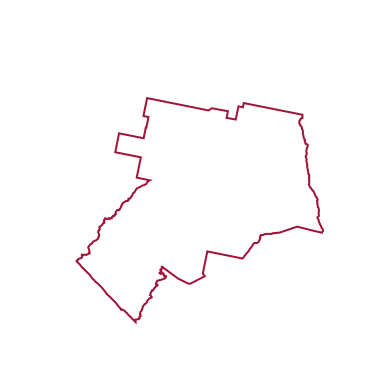 the district of San Cayetano, Buenos Aires, Argentina, rotated 58°
{"feature_id": "61730980B1791021048372", "entity_name": "San Cayetano", "entity_type": "district", "adm_level": 2, "iso_a3": "ARG", "parent_name": "Argentina", "parent_adm1": "Buenos Aires", "projection": "albers", "projection_center": [-59.479, -38.405], "detail": "fine", "context": "isolated", "style": "outline", "palette": "rose", "viewbox_px": 384, "rotation_deg": 58, "n_neighbors": 0, "source": "geoboundaries", "source_scale": "gbopen_adm2", "svg_char_len": 6030}
<svg xmlns="http://www.w3.org/2000/svg" viewBox="0 0 384 384"><g transform="rotate(58 192 192)"><path d="M189.5,326.6L189.9,326.6L194.2,325.5L198.5,325.1L198.8,324.8L199.7,324.5L200.8,324.4L206.7,322.9L210.6,322.4L212.5,322.4L215.1,321.6L217.0,321.5L218.1,320.9L220.4,320.2L226.0,319.0L231.4,318.4L233.0,318.5L233.5,318.2L234.6,318.1L235.9,317.6L238.2,317.0L245.3,315.4L250.4,314.9L253.0,314.2L253.4,314.5L253.7,314.4L253.9,314.6L254.6,314.3L254.6,313.6L255.1,313.1L255.6,312.8L256.9,312.2L258.3,312.0L259.8,311.4L262.6,311.1L266.2,310.1L267.7,310.0L269.5,309.4L272.4,308.8L271.2,308.1L270.9,308.4L270.8,308.0L270.6,307.9L270.4,308.2L270.2,307.8L270.2,307.6L270.5,307.5L270.7,307.1L270.9,306.0L271.5,304.8L271.6,304.4L271.2,304.0L271.3,303.4L270.9,303.1L270.6,303.2L270.3,302.8L269.8,302.5L269.7,301.9L269.9,301.2L268.9,300.7L267.8,300.8L267.4,300.5L267.0,299.8L266.4,299.2L265.6,297.1L264.9,296.5L264.3,295.4L263.1,294.5L262.8,294.1L262.5,292.6L261.9,291.6L262.2,290.6L261.9,290.2L261.7,288.6L261.2,288.4L260.7,287.8L260.2,286.9L260.2,286.2L259.7,284.9L259.8,283.0L259.7,282.8L260.1,282.4L260.0,281.9L257.7,281.9L257.1,282.2L256.5,281.1L255.7,280.6L255.6,280.4L255.5,280.1L254.3,278.1L254.8,277.8L254.8,277.5L254.3,276.2L253.6,275.0L253.5,273.7L253.1,273.3L252.9,272.6L252.8,272.4L253.1,271.6L252.7,270.5L252.2,270.6L251.7,271.3L251.4,271.5L251.0,271.4L250.6,271.2L250.7,270.6L249.7,270.1L249.0,268.7L248.9,268.3L249.0,267.9L249.5,267.1L249.5,266.1L250.0,265.5L250.0,264.6L250.3,263.9L250.6,261.4L251.0,261.0L250.8,260.3L250.8,260.0L250.6,259.8L249.8,259.8L249.8,258.8L249.7,258.6L249.4,258.7L249.3,259.2L248.5,259.5L248.3,260.1L248.0,260.2L247.7,259.9L247.0,260.0L246.7,259.5L246.0,259.3L245.8,259.4L245.7,260.0L244.6,260.5L244.5,260.8L244.6,261.4L244.9,261.9L244.8,262.2L243.4,262.4L243.2,262.2L243.2,261.9L243.7,260.9L243.7,260.5L243.5,260.2L242.5,260.0L241.2,260.1L241.1,259.2L241.4,258.8L241.3,258.4L240.2,257.6L239.6,257.5L239.5,257.0L257.8,249.8L267.3,244.0L268.2,243.0L268.9,241.7L270.2,225.8L266.8,226.0L250.5,210.5L275.2,184.4L274.8,182.9L274.1,181.7L274.0,181.0L272.7,177.6L272.6,176.6L272.3,176.2L272.0,174.9L270.8,173.0L270.5,171.3L270.2,171.0L269.2,168.7L268.6,167.7L268.5,166.5L268.3,166.3L268.5,165.8L269.3,164.6L269.8,163.3L269.7,162.3L268.5,160.5L268.5,160.0L268.1,159.7L267.3,158.5L266.5,158.0L266.1,158.2L265.6,157.6L265.0,156.2L266.2,154.6L266.2,152.8L267.1,151.3L267.4,150.1L268.5,148.8L269.3,147.3L269.5,147.0L269.7,146.1L270.2,145.2L270.3,144.7L270.1,144.7L272.9,139.1L276.9,122.0L277.1,121.4L277.6,120.7L289.8,109.0L295.4,103.3L294.9,102.9L294.4,101.5L293.9,101.1L293.2,100.9L290.4,101.0L289.0,100.5L287.6,100.7L286.5,100.3L285.3,100.3L282.1,99.3L280.7,99.4L279.9,99.0L279.6,97.1L279.0,96.7L276.6,95.6L275.2,94.3L272.9,93.2L272.2,93.1L271.5,93.3L270.1,92.6L269.0,92.3L268.4,92.0L268.1,91.6L267.2,91.4L266.2,90.7L265.6,90.6L265.5,90.3L265.3,89.6L265.1,89.4L263.8,89.4L262.8,89.1L261.1,89.4L260.5,89.2L255.7,88.6L253.2,89.1L252.0,89.0L250.3,89.4L247.8,89.0L247.5,88.5L247.0,88.2L246.7,88.1L244.8,86.6L244.0,86.5L243.9,86.2L243.1,85.9L242.5,85.4L241.5,85.2L241.4,84.6L240.1,83.9L240.0,83.6L239.3,83.5L238.4,83.9L237.8,83.6L237.1,82.9L235.8,82.7L235.1,82.4L234.5,81.9L232.5,81.4L231.6,80.8L230.9,80.6L230.4,80.0L230.0,79.8L228.8,79.6L227.8,79.0L226.0,78.5L224.9,77.4L222.5,77.0L221.7,76.5L221.4,75.8L220.4,74.3L219.5,73.9L218.7,73.8L217.3,73.0L215.6,71.2L214.6,69.8L213.8,69.0L213.0,68.9L212.4,69.2L212.0,69.4L211.8,70.0L211.6,70.1L211.1,70.2L210.8,69.9L209.9,69.6L208.9,69.6L207.9,69.0L207.8,68.7L207.5,68.4L206.9,68.7L205.6,68.5L203.5,67.9L203.0,67.5L202.7,67.4L201.4,67.3L201.0,66.9L199.3,65.7L197.9,65.3L197.2,65.4L196.7,65.1L195.9,65.1L195.2,64.5L194.0,64.5L193.2,64.9L192.9,65.0L192.4,64.6L190.4,64.5L189.9,64.0L189.4,63.9L188.9,63.3L188.4,63.1L188.1,62.3L188.2,61.5L187.4,60.9L187.3,60.3L187.7,59.1L186.7,58.6L186.4,58.1L185.5,57.8L185.0,57.4L144.0,101.0L147.1,103.9L144.0,107.2L153.7,116.5L147.5,123.4L142.5,118.7L131.5,130.8L131.4,131.5L131.6,132.7L131.4,133.6L131.7,134.6L88.6,180.3L101.8,192.9L105.4,189.2L113.2,196.6L112.8,197.0L120.8,204.5L103.6,222.8L117.6,236.0L135.5,217.0L150.5,231.3L159.6,221.7L159.5,222.4L159.8,223.0L159.9,224.7L160.0,225.1L161.0,226.4L160.7,228.3L160.8,229.2L160.2,230.6L160.2,231.9L160.3,232.6L159.8,236.0L159.9,237.5L161.7,240.8L161.9,241.5L161.6,242.1L161.7,242.3L162.0,242.6L162.4,243.7L163.5,244.7L163.7,246.2L164.4,246.8L164.4,247.9L164.7,248.3L164.7,248.8L164.2,248.9L164.1,249.7L165.2,250.1L165.2,250.5L165.6,251.4L165.2,252.0L164.9,252.3L164.6,253.0L164.8,253.9L164.6,254.3L164.7,254.9L164.6,255.2L165.0,256.6L164.8,256.8L164.8,257.0L165.6,257.9L165.9,258.3L165.8,258.8L166.5,259.3L166.7,259.8L167.7,261.0L168.1,262.4L168.8,263.1L168.5,263.6L168.3,264.3L167.9,264.4L167.9,265.0L167.7,265.2L168.0,266.0L168.2,266.6L168.9,267.6L169.1,267.9L169.7,267.9L170.6,268.4L170.2,269.4L170.4,269.5L170.4,270.0L171.0,270.2L171.1,270.7L170.9,271.0L171.0,271.2L170.5,271.9L170.9,272.3L170.8,272.8L170.9,273.3L171.8,274.0L171.0,275.1L171.2,275.8L170.5,275.8L170.2,276.3L170.5,276.5L170.5,276.8L170.4,276.8L170.3,277.6L169.2,278.9L168.5,279.3L168.3,279.5L168.3,280.0L169.3,280.8L169.3,281.7L170.1,281.8L170.4,282.0L170.6,282.6L171.6,282.6L171.6,284.0L171.5,284.4L172.3,285.6L172.2,285.9L172.5,287.2L172.5,288.7L172.7,289.3L174.8,289.9L174.8,290.8L175.3,291.2L175.4,291.4L175.3,292.0L175.5,292.2L176.7,293.0L178.1,293.1L179.3,293.5L179.9,293.9L180.4,294.6L180.5,294.9L180.4,295.2L180.5,295.4L181.1,295.5L181.5,295.7L181.7,296.1L182.2,299.4L181.7,300.7L181.8,302.6L182.6,303.8L182.7,304.3L182.5,304.6L182.6,305.4L182.6,306.5L184.0,309.4L187.2,310.0L188.0,310.4L188.4,311.0L189.4,311.0L189.7,311.3L189.7,312.1L189.6,312.4L189.4,312.4L189.5,313.0L189.3,314.0L189.4,314.9L189.3,315.1L188.3,316.1L187.9,318.1L187.6,318.3L187.3,318.0L186.9,318.4L187.1,318.5L187.1,318.9L187.2,319.0L187.7,318.9L188.5,319.3L189.4,320.5L189.4,320.8L188.8,322.7L188.8,323.3L188.6,323.8L188.8,324.4L188.9,325.0L189.3,325.1L189.2,325.9L189.5,326.6Z" fill="none" stroke="#9f1239" stroke-width="2"/></g></svg>